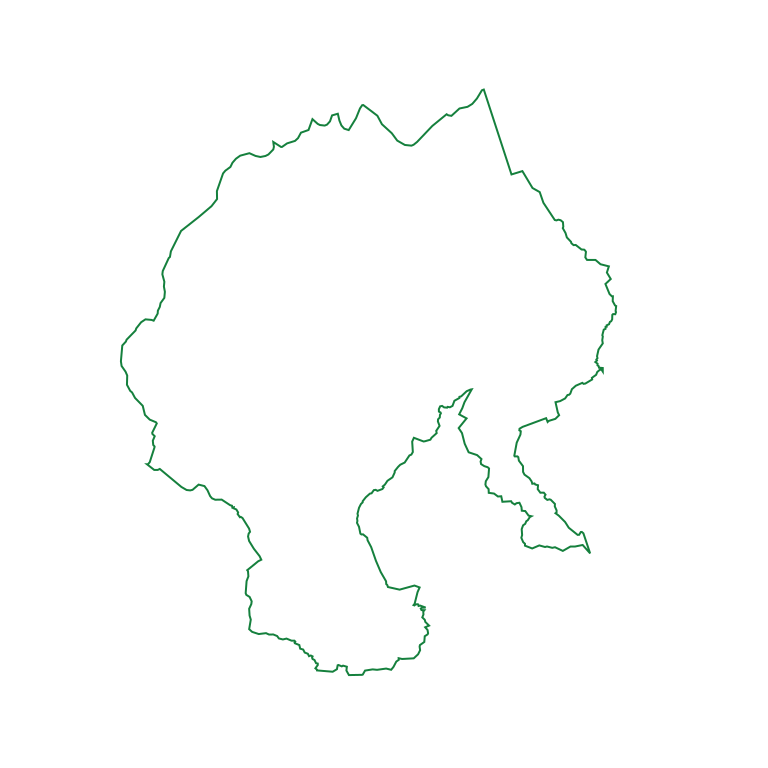 outline of Latacunga, Cotopaxi, Ecuador, rotated 252°
{"feature_id": "8360857B97397633199247", "entity_name": "Latacunga", "entity_type": "district", "adm_level": 2, "iso_a3": "ECU", "parent_name": "Ecuador", "parent_adm1": "Cotopaxi", "projection": "mercator", "projection_center": [-78.651, -0.805], "detail": "fine", "context": "isolated", "style": "outline", "palette": "green", "viewbox_px": 768, "rotation_deg": 252, "n_neighbors": 0, "source": "geoboundaries", "source_scale": "gbopen_adm2", "svg_char_len": 6166}
<svg xmlns="http://www.w3.org/2000/svg" viewBox="0 0 768 768"><g transform="rotate(252 384 384)"><path d="M611.5,282.4L606.5,275.0L600.0,259.2L592.3,238.3L576.0,222.3L571.0,219.7L570.3,218.2L559.8,208.5L556.8,207.1L549.1,206.7L544.7,204.8L539.4,204.1L533.8,201.7L530.0,196.5L526.6,194.6L523.6,191.6L520.9,190.5L515.4,184.5L516.8,182.7L519.2,177.1L517.8,172.1L513.4,165.5L511.7,164.3L505.7,152.9L504.1,151.6L501.5,147.0L486.9,140.8L482.2,140.0L475.6,142.0L471.4,142.4L462.7,139.3L455.9,140.5L453.8,141.8L447.7,142.9L437.8,147.8L428.5,147.1L422.5,150.2L418.1,155.3L416.7,155.7L409.3,148.5L408.1,148.3L405.2,149.8L401.5,146.6L397.3,145.7L395.5,146.5L394.6,146.1L382.1,137.1L380.6,134.7L380.9,133.8L373.3,138.9L372.2,142.2L372.5,144.5L348.7,159.5L344.2,163.5L342.7,166.8L342.5,169.2L345.6,176.6L342.4,181.7L337.4,183.3L331.1,184.0L328.4,185.1L326.1,187.7L324.2,193.9L316.2,200.3L315.2,201.8L313.3,201.6L313.2,203.0L312.3,202.5L310.3,204.8L306.9,205.6L305.6,204.6L301.8,205.8L301.9,206.7L300.3,208.0L288.2,211.0L284.8,210.9L283.6,209.1L281.0,207.6L276.4,207.2L267.6,209.3L258.7,212.5L254.8,213.0L254.3,209.6L249.2,196.4L248.0,196.8L243.0,195.6L239.0,192.4L227.8,187.8L226.0,187.9L223.0,190.4L218.2,191.0L215.7,189.8L211.9,186.3L205.3,184.6L201.1,184.5L192.5,180.0L189.0,182.0L184.9,187.6L183.5,194.8L181.2,197.3L180.0,201.3L177.3,204.5L174.5,205.4L172.3,208.9L172.0,212.6L168.5,216.7L167.6,219.5L166.4,220.0L165.7,219.0L165.0,219.1L161.9,222.8L158.2,222.5L156.4,225.1L153.1,225.6L151.0,228.2L148.3,228.6L148.4,230.5L147.0,231.9L145.9,231.0L144.5,231.1L143.0,232.6L139.5,233.1L138.6,234.6L137.2,234.2L134.8,230.9L133.0,232.0L132.3,231.8L126.2,246.3L127.3,251.1L130.8,253.0L130.8,253.9L128.5,256.6L128.8,258.0L126.6,261.3L123.1,259.7L118.0,260.7L114.2,273.2L114.2,274.0L117.3,277.4L116.1,285.0L114.3,289.1L112.7,298.1L110.0,302.5L112.0,305.6L116.2,309.9L117.1,312.8L118.7,313.2L116.9,316.2L113.9,327.5L116.4,332.9L119.7,336.1L123.2,336.7L124.6,337.5L126.2,342.6L131.5,344.8L132.4,348.1L133.3,348.9L136.6,349.4L139.9,348.0L140.3,352.2L144.9,349.8L147.2,349.9L150.2,348.3L152.6,350.3L155.4,351.0L156.4,352.5L157.4,349.8L159.1,349.6L159.5,351.0L158.5,354.5L162.1,349.9L162.2,348.3L163.8,348.4L164.2,347.8L164.6,345.9L164.0,344.5L164.6,343.8L165.5,345.2L175.7,351.6L179.5,355.0L182.9,350.7L183.6,335.3L189.7,325.0L191.8,325.0L193.0,324.3L195.7,325.0L206.1,322.8L218.3,321.7L232.8,321.4L240.5,320.1L243.0,320.5L247.5,317.6L247.9,316.0L249.0,315.3L255.9,316.1L260.3,315.4L262.0,316.4L264.4,316.8L267.0,318.6L268.8,318.7L274.0,322.0L277.0,325.0L278.0,327.1L279.1,327.5L281.9,331.7L284.1,336.7L283.9,338.4L286.2,341.5L285.9,343.4L284.4,344.8L284.6,350.0L285.8,351.7L287.0,351.2L288.0,353.7L290.9,357.4L292.6,363.2L296.5,366.8L297.9,367.3L300.9,371.9L302.2,374.5L302.9,379.4L308.2,386.1L308.4,388.2L310.4,390.4L320.5,393.0L323.6,395.8L317.1,403.9L316.9,405.2L316.7,410.9L318.2,412.6L321.0,418.9L323.3,419.2L327.0,423.9L331.8,423.7L333.7,424.5L334.9,426.7L337.4,427.7L338.5,429.0L339.4,429.0L340.8,427.7L343.1,428.4L345.4,430.5L345.2,432.5L343.2,433.9L342.0,436.7L342.6,437.4L341.5,439.5L342.0,442.4L346.3,445.8L347.4,451.4L348.5,451.8L348.4,453.6L351.6,460.4L352.0,464.4L351.8,465.8L341.8,454.9L336.8,451.0L331.9,446.1L325.8,451.9L319.0,441.4L313.2,443.0L302.3,442.3L292.9,443.4L287.6,450.6L282.5,453.5L280.4,451.9L277.8,451.6L274.9,454.0L272.8,456.9L271.2,457.8L263.2,454.5L260.1,450.8L257.1,449.4L255.2,449.4L251.7,451.0L248.1,450.0L245.8,454.8L241.8,457.6L241.0,460.8L235.4,460.2L233.2,468.7L231.4,469.1L229.0,471.2L229.7,473.2L229.2,476.1L224.4,476.7L220.9,475.9L219.5,479.1L214.2,480.8L212.7,483.3L212.4,481.6L210.0,478.6L209.5,476.9L207.4,475.1L206.6,472.6L203.4,470.1L197.7,468.7L195.3,467.1L190.6,467.5L188.5,468.7L186.7,468.1L181.8,474.1L182.5,481.8L179.2,486.8L179.1,488.8L176.2,493.4L175.9,496.2L170.0,502.5L171.8,511.1L170.4,515.4L169.5,523.2L159.2,527.7L180.4,527.5L182.2,526.4L182.4,525.4L180.3,523.0L180.7,521.5L190.2,515.3L196.8,513.6L204.7,509.6L208.1,507.2L208.5,508.4L210.5,509.1L214.8,508.6L217.1,509.5L222.4,506.8L223.2,505.7L223.3,503.5L226.0,501.7L227.3,501.8L228.8,503.4L231.3,502.4L232.3,499.1L236.5,497.7L240.1,499.2L241.7,496.8L242.9,496.4L243.3,494.2L245.7,494.3L249.5,493.2L254.4,489.6L257.4,489.1L262.9,490.8L269.4,488.6L272.9,489.1L273.9,488.6L274.8,485.9L275.6,485.8L287.2,492.1L293.7,498.1L296.8,499.5L298.1,498.4L299.6,499.1L300.4,502.6L301.4,527.6L297.3,527.9L298.0,529.3L297.9,536.2L300.2,540.9L303.3,540.5L313.7,541.5L313.3,546.2L314.3,551.8L316.8,555.1L316.6,556.8L317.3,558.2L321.0,561.1L323.1,565.9L323.8,573.0L322.5,573.8L322.2,575.6L324.0,583.4L325.6,583.6L327.2,588.6L329.5,590.5L330.9,593.8L330.1,595.4L328.2,595.9L331.6,597.0L333.1,593.5L334.6,593.7L335.8,592.8L337.3,593.4L339.6,591.8L340.5,593.8L341.6,593.5L342.6,595.0L344.6,595.2L350.5,598.7L355.0,604.6L358.2,605.1L361.6,606.8L362.9,606.7L367.8,609.8L368.0,611.7L369.9,612.4L369.7,613.5L371.0,613.9L371.3,616.5L373.2,618.0L373.5,619.5L375.0,621.0L379.2,622.5L379.7,623.5L378.9,625.5L380.7,626.9L381.8,626.8L386.4,628.9L387.3,628.0L392.1,627.1L396.7,628.8L397.0,627.8L399.9,626.3L410.7,625.5L413.8,632.1L421.1,630.4L426.4,634.2L431.0,626.9L436.6,623.5L439.3,615.4L442.2,614.6L447.3,616.9L448.8,616.5L449.9,615.9L450.9,613.4L457.0,609.3L457.5,607.2L460.0,605.7L461.4,605.8L466.9,603.2L471.5,603.3L477.0,602.2L478.1,603.1L482.6,604.2L485.2,602.6L486.4,600.6L486.3,598.6L487.2,597.1L507.1,591.6L518.4,591.4L524.5,585.8L543.7,581.4L543.9,570.0L633.2,569.9L633.1,567.9L626.8,560.6L623.1,554.5L621.8,549.1L622.7,540.9L618.2,531.0L619.7,528.1L621.2,526.9L614.5,509.7L604.0,490.3L602.4,486.1L602.2,483.8L604.9,477.7L611.4,471.8L620.1,468.9L631.7,462.3L641.2,460.6L655.7,450.5L655.9,449.4L653.5,446.3L645.4,439.5L636.4,428.9L639.1,425.1L643.0,423.4L648.3,423.0L655.3,423.6L655.5,417.6L650.5,413.8L648.3,410.0L648.1,407.5L650.1,403.1L651.9,401.3L658.0,397.8L648.9,390.7L648.7,382.7L644.4,378.2L642.7,374.5L642.8,366.2L641.0,360.3L641.3,359.3L648.4,353.5L643.6,352.6L641.3,351.2L638.0,345.0L637.5,341.7L638.1,336.6L640.6,332.3L645.1,327.3L645.6,317.8L644.0,312.8L641.3,308.3L637.9,305.0L635.9,299.0L634.0,296.0L619.1,284.7L611.5,282.4Z" fill="none" stroke="#15803d" stroke-width="2"/></g></svg>